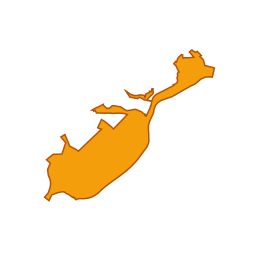 the district of Kalnciema pag., Jelgava, Latvia, rotated 72°
{"feature_id": "27541924B33017162899558", "entity_name": "Kalnciema pag.", "entity_type": "district", "adm_level": 2, "iso_a3": "LVA", "parent_name": "Latvia", "parent_adm1": "Jelgava", "projection": "orthographic", "projection_center": [23.587, 56.795], "detail": "fine", "context": "isolated", "style": "filled", "palette": "amber", "viewbox_px": 256, "rotation_deg": 72, "n_neighbors": 0, "source": "geoboundaries", "source_scale": "gbopen_adm2", "svg_char_len": 5312}
<svg xmlns="http://www.w3.org/2000/svg" viewBox="0 0 256 256"><g transform="rotate(72 128 128)"><path d="M99.8,156.7L100.4,155.5L101.5,155.3L101.1,153.9L104.0,153.3L104.5,151.7L105.0,150.4L105.4,149.3L105.9,147.8L106.3,146.7L106.8,145.5L107.3,143.5L108.0,141.4L108.6,139.5L109.3,138.2L109.8,136.9L110.0,135.5L110.5,133.8L110.9,132.5L111.4,131.2L111.9,129.8L112.9,127.5L113.9,126.1L115.0,124.5L116.1,126.5L119.7,133.2L121.1,135.9L124.4,142.1L121.9,143.4L120.8,144.1L118.9,145.3L116.0,147.2L114.0,148.6L113.6,148.9L113.2,149.3L112.5,149.9L111.8,150.6L117.9,156.3L118.4,156.7L119.1,156.2L120.9,153.6L124.2,160.5L127.3,167.0L131.1,174.8L134.7,182.3L131.7,184.6L130.8,185.5L129.7,186.6L128.6,187.7L127.4,188.8L127.0,189.2L126.8,189.4L126.4,189.1L123.0,189.3L122.1,189.4L118.8,189.7L116.1,189.9L114.9,190.0L114.7,190.0L115.8,194.6L122.9,191.8L126.3,194.5L127.0,194.9L127.2,195.0L128.1,195.7L128.4,195.9L130.6,197.6L132.4,199.0L130.9,204.0L129.9,207.3L132.9,215.1L133.0,215.3L134.5,214.5L134.7,214.3L135.6,213.8L137.5,212.7L140.7,215.6L142.4,217.1L144.7,217.7L145.8,217.9L148.5,218.4L148.9,218.4L149.4,218.4L151.3,218.1L153.0,218.0L157.2,218.8L160.7,220.6L164.8,223.7L165.5,224.5L165.8,224.8L165.8,225.0L165.9,225.3L168.1,228.7L169.2,227.9L172.7,225.6L172.4,225.3L171.8,224.8L170.8,223.8L170.7,223.7L168.8,221.9L168.7,221.8L168.3,221.4L168.1,221.2L168.0,220.3L168.0,219.5L168.0,219.1L168.0,218.7L167.9,217.8L167.8,215.5L167.9,214.3L168.1,212.6L168.3,210.5L168.5,209.8L168.8,209.2L169.1,208.6L169.5,208.1L169.7,207.8L170.9,207.2L171.4,206.7L171.6,206.4L172.0,205.9L172.3,205.6L172.9,205.0L173.1,204.8L173.3,204.7L173.8,204.3L174.1,204.1L174.7,203.7L175.7,202.9L176.6,202.3L177.3,201.5L177.0,201.2L177.6,200.7L177.7,201.0L177.9,200.7L178.0,200.4L178.1,200.2L178.3,200.3L178.5,200.4L178.7,200.5L178.8,200.4L180.2,199.5L180.1,199.2L179.9,198.2L180.0,196.9L180.4,195.3L181.1,193.3L181.6,191.8L182.1,189.4L182.3,188.1L182.5,186.3L182.5,184.8L182.4,183.7L181.9,180.9L181.7,180.0L181.0,177.4L180.2,175.5L179.3,173.7L178.4,171.9L177.6,170.0L176.8,167.9L176.0,165.7L175.0,162.7L173.9,159.5L172.8,156.0L172.4,154.7L171.5,152.1L170.8,149.9L169.7,146.9L168.5,143.5L167.4,141.0L167.1,140.2L166.2,138.3L165.2,136.1L163.1,132.2L161.3,129.2L158.8,125.6L156.4,122.2L155.2,120.6L153.9,118.6L152.3,116.5L151.4,115.4L150.8,114.9L149.4,113.7L147.8,112.6L147.2,112.3L144.2,111.4L139.2,109.9L135.4,108.9L133.5,108.3L131.2,107.3L128.7,105.7L121.4,99.0L121.0,98.8L118.8,97.8L117.2,96.6L115.1,94.9L113.0,91.6L112.0,87.9L112.0,87.3L111.9,82.4L111.8,76.5L111.3,73.8L110.3,69.3L109.1,63.7L108.2,59.1L107.3,54.6L107.1,52.7L106.9,50.8L106.2,48.9L105.0,46.0L104.0,43.7L103.8,41.1L103.5,38.4L104.5,35.2L104.7,34.2L105.7,32.2L103.4,30.7L103.1,30.5L98.5,27.8L97.6,27.3L96.5,29.0L96.3,29.2L93.9,33.0L92.6,35.1L92.3,35.6L91.2,35.6L90.7,35.4L89.9,35.4L88.7,35.4L87.5,35.3L85.7,35.5L82.2,37.6L81.7,35.9L76.5,38.5L77.0,40.0L76.4,40.7L75.1,42.2L74.4,42.6L73.5,43.1L74.5,45.7L74.8,46.2L75.0,46.1L76.5,45.4L78.6,44.5L81.1,43.5L80.0,48.2L79.4,50.3L79.2,50.8L78.4,53.8L78.5,54.0L78.0,54.0L77.5,54.0L76.9,53.9L76.4,53.8L75.9,53.7L75.4,53.4L74.8,54.4L74.7,54.5L74.9,54.7L75.0,55.0L76.5,58.3L77.1,59.0L77.7,59.6L78.9,60.5L79.6,61.0L80.0,61.3L80.3,61.8L79.4,62.2L79.6,62.5L79.8,62.7L80.4,63.7L80.9,64.6L81.0,64.6L82.2,64.0L83.4,63.4L83.5,63.2L90.1,62.4L90.4,62.1L90.6,62.4L90.7,62.5L90.4,62.9L91.7,64.3L93.7,64.6L94.9,65.6L96.3,66.1L96.9,65.9L97.8,66.1L98.4,66.3L99.3,66.8L100.1,67.6L100.5,68.4L100.6,69.0L100.9,70.8L100.8,71.5L101.3,71.4L101.7,71.3L101.9,72.7L102.0,73.6L102.2,74.6L102.5,76.6L102.7,77.8L102.8,78.5L103.1,80.0L103.3,81.2L103.5,82.9L103.8,84.3L104.1,86.7L104.3,87.5L104.4,88.3L104.5,89.0L104.6,89.8L104.8,90.5L105.1,91.5L105.7,92.8L106.2,93.7L106.8,94.5L107.7,95.5L108.6,96.2L109.7,97.0L112.2,98.3L113.3,98.9L114.0,99.3L113.9,99.6L115.4,100.6L116.2,101.2L118.8,103.7L120.3,105.1L122.3,107.1L122.1,107.3L121.2,108.1L120.5,107.3L119.4,108.4L118.7,109.1L118.3,109.2L117.7,109.6L117.0,110.0L116.9,110.1L115.8,111.2L115.3,111.9L113.4,114.0L112.7,114.9L112.5,115.4L112.4,115.9L112.2,116.9L112.1,117.4L111.9,118.1L112.0,118.4L112.0,119.0L111.9,120.1L111.3,122.6L111.2,123.1L111.0,123.9L110.9,124.2L110.7,124.5L110.2,124.8L109.3,125.6L108.1,126.5L107.8,126.7L106.4,127.9L106.2,128.0L105.4,128.8L105.0,129.6L104.5,130.6L104.2,131.2L103.8,131.9L103.4,132.7L103.2,133.2L102.5,134.5L102.4,134.8L102.1,135.6L102.0,136.3L102.6,137.5L103.0,138.3L103.4,139.3L103.3,139.9L103.1,141.3L103.0,141.7L103.0,141.8L102.8,142.0L102.5,142.3L102.1,142.5L100.9,143.2L99.1,144.2L98.8,144.4L98.3,144.4L97.9,144.2L98.1,145.8L98.3,146.8L98.6,148.2L98.7,149.3L98.8,149.8L98.9,151.3L98.9,151.9L99.8,156.7ZM104.3,102.6L104.2,102.6L102.3,102.1L100.4,105.6L99.8,109.8L99.1,112.0L97.4,114.3L96.7,115.2L96.3,115.6L92.1,118.5L91.9,118.7L97.0,117.3L98.8,116.8L99.0,116.9L99.3,116.5L100.2,114.9L101.4,112.8L101.8,112.1L102.7,110.4L102.9,110.1L103.1,109.7L102.9,109.0L102.3,108.2L102.9,106.9L105.6,104.4L106.2,104.0L106.4,103.6L107.9,100.9L108.0,100.8L109.8,97.5L109.4,97.3L109.2,97.8L108.2,99.8L107.7,100.8L106.8,100.4L106.6,100.4L106.4,100.1L106.0,99.4L105.0,97.5L104.3,96.2L104.1,95.4L103.1,93.6L101.5,92.7L101.4,92.8L100.1,92.8L98.7,91.9L98.0,93.0L100.7,94.8L99.7,96.2L100.8,96.7L101.2,100.6L101.9,101.0L104.3,102.3L104.3,102.6Z" fill="#f59e0b" stroke="#b45309" stroke-width="1.5"/></g></svg>